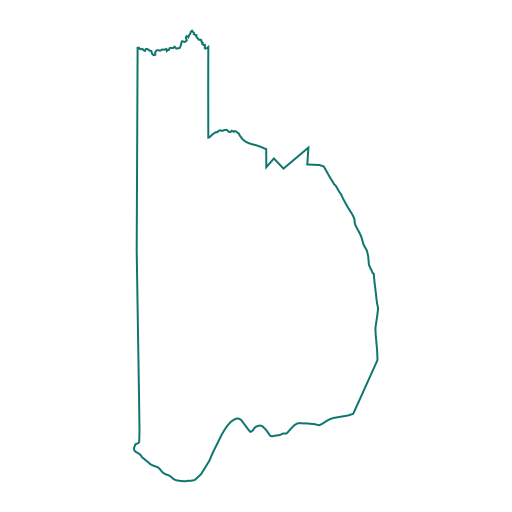 Chum Kiri, Kâmpôt, Cambodia (Natural Earth projection)
{"feature_id": "14789045B68575836208797", "entity_name": "Chum Kiri", "entity_type": "district", "adm_level": 2, "iso_a3": "KHM", "parent_name": "Cambodia", "parent_adm1": "Kâmpôt", "projection": "natural_earth1", "projection_center": [104.434, 10.999], "detail": "fine", "context": "isolated", "style": "outline", "palette": "teal", "viewbox_px": 512, "rotation_deg": 0, "n_neighbors": 0, "source": "geoboundaries", "source_scale": "gbopen_adm2", "svg_char_len": 3597}
<svg xmlns="http://www.w3.org/2000/svg" viewBox="0 0 512 512"><path d="M190.6,32.2L190.2,34.1L189.0,35.3L188.3,37.2L187.7,36.5L186.6,36.2L185.8,37.7L186.8,40.2L186.3,40.9L184.7,42.0L183.3,41.5L182.0,41.3L181.4,42.7L181.2,44.3L180.6,45.7L180.1,47.3L179.6,48.0L178.1,48.3L176.4,48.6L175.7,47.9L174.6,46.7L173.8,47.4L173.1,48.1L171.8,48.0L170.7,47.9L169.6,48.2L169.1,49.7L167.9,50.1L166.8,51.0L166.7,49.8L166.3,48.9L165.7,49.2L164.3,49.7L162.2,49.5L160.1,50.7L157.8,50.1L156.3,50.6L155.1,52.5L155.3,54.7L154.4,55.1L153.5,55.2L152.6,54.1L152.0,53.6L151.8,52.6L151.3,51.0L149.6,50.7L148.4,49.7L147.5,49.1L146.5,48.9L145.8,49.1L145.0,50.9L143.8,50.3L142.7,49.1L141.3,49.1L139.9,49.1L139.0,47.7L138.3,48.0L137.6,47.9L136.7,250.2L138.0,332.6L139.0,394.1L139.5,430.5L139.2,442.0L138.2,443.1L135.2,444.5L134.9,445.6L134.6,446.5L133.9,448.3L134.1,449.2L134.5,450.6L135.5,451.7L137.8,453.0L139.6,454.1L141.2,455.9L142.3,457.5L144.5,459.2L145.7,460.3L147.1,461.3L149.1,463.1L150.5,464.3L152.7,465.4L157.9,467.3L159.8,469.0L161.1,470.7L162.4,472.2L164.7,473.9L168.9,475.4L171.7,477.3L172.6,478.2L173.6,479.1L176.0,480.2L178.1,480.6L181.3,481.0L185.2,481.3L187.7,480.8L189.8,480.9L191.0,480.7L193.8,480.3L195.4,479.5L196.4,478.5L198.5,476.6L200.1,475.1L200.7,474.4L201.4,473.7L202.4,471.9L204.3,469.0L206.3,465.7L209.5,460.5L211.3,456.1L213.5,451.2L215.5,447.2L217.6,443.0L219.8,438.5L221.7,434.6L224.1,430.6L226.2,427.3L228.4,424.5L231.0,421.7L233.5,420.0L235.5,418.9L236.7,418.6L238.2,418.5L239.5,419.0L241.2,420.0L242.4,421.6L244.4,424.3L246.7,427.4L248.5,429.8L250.0,431.6L250.9,431.8L252.8,430.4L254.6,427.8L256.4,426.5L258.2,425.9L258.9,425.7L260.1,425.6L262.1,426.0L264.9,428.7L266.5,430.5L268.1,432.8L269.7,435.1L270.7,436.1L272.2,436.3L274.5,435.8L276.9,435.4L279.6,435.1L281.9,434.1L282.9,433.5L284.4,433.5L286.2,433.6L287.5,432.6L289.8,429.9L292.2,427.4L294.3,425.3L296.8,423.7L298.6,423.2L300.4,423.2L303.5,423.4L306.4,423.4L309.1,423.6L310.5,423.8L311.4,423.9L313.6,424.0L316.1,424.5L318.8,425.3L321.1,424.4L321.9,424.0L324.5,422.3L326.9,420.8L330.0,419.1L333.4,418.0L337.3,417.3L342.0,416.5L344.4,416.1L347.6,415.6L350.5,414.7L352.4,414.1L353.2,413.8L360.4,398.0L377.1,360.9L377.4,360.0L377.5,359.2L377.4,357.5L377.1,350.2L375.6,333.7L375.4,328.4L375.8,325.2L377.0,317.2L378.1,308.8L377.9,306.9L377.1,303.7L376.6,300.0L375.7,291.8L374.6,283.0L373.9,275.5L373.7,273.6L372.7,273.1L371.7,270.7L370.3,268.0L368.9,264.7L368.3,257.6L368.2,256.4L367.0,251.0L366.2,249.3L365.1,247.5L363.8,245.1L362.8,242.2L362.1,239.3L360.9,235.8L359.5,232.9L357.5,229.2L356.0,226.4L354.9,223.8L354.6,220.4L353.8,217.5L352.2,214.2L349.4,209.9L347.4,206.6L345.3,202.8L344.6,201.5L342.9,198.4L341.2,194.6L339.2,191.7L337.5,188.8L336.2,186.4L335.1,185.0L334.4,184.6L329.9,177.3L323.8,166.5L319.5,165.0L307.3,164.5L308.4,147.6L283.5,168.6L273.9,158.5L266.3,167.2L266.2,149.1L264.5,148.5L261.2,147.0L256.4,145.3L251.9,144.2L248.3,143.0L245.1,141.3L242.6,139.3L239.9,135.7L239.4,134.8L239.0,133.8L238.4,133.2L237.5,132.7L236.8,132.0L236.1,131.5L234.5,131.1L233.8,131.9L232.6,131.1L231.8,130.7L231.3,131.2L230.3,132.1L228.8,131.8L227.9,131.0L226.8,129.9L225.9,129.9L224.0,130.2L222.7,130.8L221.9,130.8L220.8,130.3L218.9,130.7L217.1,132.3L216.0,132.1L214.7,132.9L212.4,134.5L210.3,136.5L209.3,137.3L208.3,137.6L208.2,87.1L208.3,47.0L207.0,48.1L205.3,48.6L204.7,47.9L204.8,47.0L205.0,46.1L204.8,44.8L203.7,45.0L202.2,44.0L202.7,42.6L201.5,41.9L201.5,41.0L201.0,39.8L199.0,39.8L197.8,38.5L196.2,36.6L196.4,35.2L195.3,34.9L193.8,34.2L194.0,33.0L193.0,32.0L192.0,30.7L190.6,32.2Z" fill="none" stroke="#0f766e" stroke-width="2"/></svg>